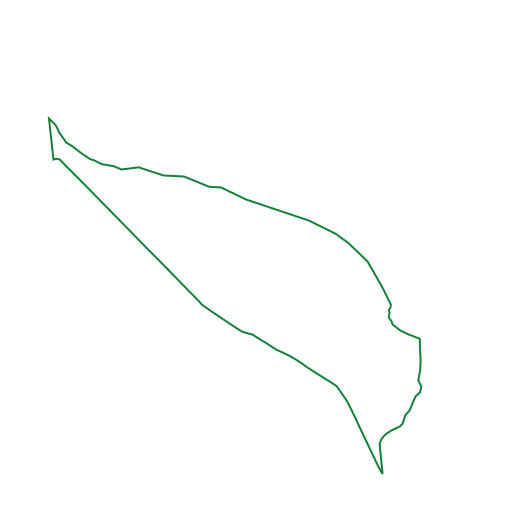 Chimbas, San Juan, Argentina, rotated 45°
{"feature_id": "61730980B27264787590241", "entity_name": "Chimbas", "entity_type": "district", "adm_level": 2, "iso_a3": "ARG", "parent_name": "Argentina", "parent_adm1": "San Juan", "projection": "orthographic", "projection_center": [-68.525, -31.484], "detail": "fine", "context": "isolated", "style": "outline", "palette": "green", "viewbox_px": 512, "rotation_deg": 45, "n_neighbors": 0, "source": "geoboundaries", "source_scale": "gbopen_adm2", "svg_char_len": 1686}
<svg xmlns="http://www.w3.org/2000/svg" viewBox="0 0 512 512"><g transform="rotate(45 256 256)"><path d="M499.6,320.6L480.7,305.1L476.1,301.2L474.2,297.0L473.8,293.2L473.8,290.2L475.2,283.2L476.9,278.6L477.4,277.3L478.3,274.6L478.2,270.9L474.2,263.1L473.9,258.3L473.8,256.5L470.3,248.2L468.1,242.2L468.4,236.4L465.2,231.4L458.8,229.2L456.6,226.3L454.8,223.6L452.8,220.6L446.1,213.3L436.6,204.7L430.4,198.7L419.3,203.6L410.4,206.7L401.1,207.8L399.5,207.2L397.8,206.2L395.7,206.1L393.5,205.5L392.4,204.4L391.3,202.6L389.9,201.1L388.6,200.6L387.9,199.4L387.5,197.4L385.8,195.0L366.4,188.5L338.9,181.0L312.3,181.5L296.7,184.0L279.5,189.7L275.9,191.0L268.9,193.3L236.5,209.4L209.0,223.1L202.9,225.2L182.8,232.3L173.9,240.2L164.1,244.3L148.9,250.7L133.6,264.5L117.9,272.5L110.4,276.2L99.7,290.0L92.0,293.0L82.1,300.1L74.4,302.6L70.2,304.7L69.9,304.9L58.8,307.0L47.8,308.4L41.8,310.0L29.5,307.8L24.5,305.9L21.2,305.1L12.4,305.2L44.6,331.0L44.7,330.7L44.8,330.3L44.9,330.1L45.1,329.9L45.5,329.3L45.9,328.9L46.8,327.8L47.7,327.1L49.0,326.7L50.1,326.5L57.1,326.7L63.4,326.7L81.4,326.7L101.3,326.9L110.1,327.0L120.5,327.1L143.5,327.3L157.6,327.5L173.5,327.7L185.0,327.7L193.7,327.7L196.8,327.8L197.1,327.8L204.1,327.8L207.5,327.9L216.7,328.0L230.5,328.2L243.5,328.3L248.9,328.4L252.2,328.7L268.3,325.8L288.8,321.7L294.1,320.6L299.4,319.4L300.9,318.7L304.3,316.8L309.5,313.9L319.5,311.8L319.9,311.7L323.6,310.6L336.4,307.9L348.6,303.5L351.8,302.5L358.0,300.9L363.1,299.8L372.3,298.3L382.0,296.1L390.9,294.1L397.9,292.4L401.7,291.7L403.2,291.4L405.0,291.0L420.9,293.8L425.2,294.9L438.8,299.6L451.5,304.2L456.5,306.0L492.3,318.7L499.6,320.6Z" fill="none" stroke="#15803d" stroke-width="2"/></g></svg>